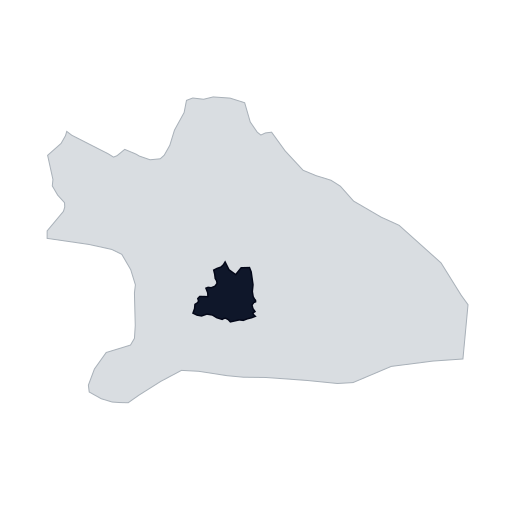 Muramvya on a map of Burundi (Natural Earth projection), rotated 274°
{"feature_id": "BDI-3365", "entity_name": "Muramvya", "entity_type": "Province", "adm_level": 1, "iso_a3": "BDI", "parent_name": "Burundi", "parent_adm1": "", "projection": "natural_earth1", "projection_center": [29.66, -3.246], "detail": "fine", "context": "in_parent", "style": "filled", "palette": "ink", "viewbox_px": 512, "rotation_deg": 274, "n_neighbors": 0, "source": "natural_earth", "source_scale": "10m", "svg_char_len": 1812}
<svg xmlns="http://www.w3.org/2000/svg" viewBox="0 0 512 512"><g transform="rotate(274 256 256)"><path d="M367.1,58.5L363.6,63.8L347.7,101.3L344.7,107.0L346.4,110.4L353.2,117.6L349.2,129.4L347.6,132.5L344.6,143.6L346.3,153.7L350.1,157.4L360.4,162.3L375.9,165.9L394.1,174.3L406.4,175.8L409.2,181.9L408.7,192.8L411.7,202.2L411.7,219.1L408.1,234.0L389.3,240.9L379.6,248.6L377.0,252.4L379.4,256.8L380.6,262.9L362.9,277.7L344.8,297.0L340.4,310.1L336.8,325.5L331.5,335.3L317.6,349.5L303.5,378.1L296.6,396.6L262.0,441.1L231.2,463.4L222.2,470.9L167.7,469.6L163.5,439.6L155.3,398.6L136.5,361.6L134.5,346.1L135.4,316.3L135.5,274.3L134.2,251.7L134.6,235.3L137.0,206.7L136.7,189.6L124.4,169.9L109.0,148.9L100.7,138.7L100.3,130.4L100.3,122.7L102.8,111.6L108.7,99.1L115.5,97.8L132.0,102.7L149.3,113.3L158.4,137.0L165.4,140.5L178.2,140.4L210.7,137.3L218.8,137.7L233.6,132.0L248.3,122.0L252.5,111.6L255.9,88.3L259.0,46.4L266.5,45.9L287.1,60.8L291.5,61.8L295.8,61.3L302.9,53.9L311.7,47.9L318.1,48.1L341.9,41.1L354.7,53.7L362.8,57.6L367.1,58.5Z" fill="#d9dde1" stroke="#a8b0b8" stroke-width="1"/><path d="M194.6,197.1L199.2,198.4L203.5,198.5L205.1,200.7L206.9,201.9L209.5,200.9L211.7,202.7L212.1,210.9L216.0,210.4L220.4,208.3L221.4,210.4L221.2,213.5L222.9,217.1L226.0,219.1L228.6,218.4L230.7,216.9L234.9,216.1L239.0,214.8L240.9,218.0L242.5,221.8L245.0,224.1L247.9,225.6L240.4,230.0L236.0,237.0L243.2,242.0L244.0,250.3L239.8,252.3L227.1,255.0L220.3,254.8L215.2,256.0L212.9,257.5L211.8,258.6L210.3,258.8L209.4,257.0L206.8,255.4L203.3,256.6L200.5,258.9L198.8,256.6L196.9,258.1L195.8,259.5L194.1,255.9L192.7,251.6L190.9,247.8L191.1,243.8L188.5,235.0L190.6,232.8L191.9,229.9L191.4,228.2L190.4,226.7L191.7,221.2L194.1,216.6L194.6,211.0L192.4,205.9L192.9,201.3L194.6,197.1Z" fill="#0f172a" stroke="#020617" stroke-width="1.5"/></g></svg>